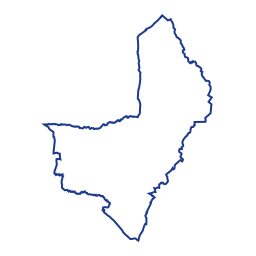 Granada, Meta, Colombia
{"feature_id": "7082276B97448753570939", "entity_name": "Granada", "entity_type": "district", "adm_level": 2, "iso_a3": "COL", "parent_name": "Colombia", "parent_adm1": "Meta", "projection": "robinson", "projection_center": [-73.741, 3.504], "detail": "fine", "context": "isolated", "style": "outline", "palette": "blue", "viewbox_px": 256, "rotation_deg": 0, "n_neighbors": 0, "source": "geoboundaries", "source_scale": "gbopen_adm2", "svg_char_len": 5809}
<svg xmlns="http://www.w3.org/2000/svg" viewBox="0 0 256 256"><path d="M44.2,124.5L45.2,125.2L48.2,126.9L49.5,129.2L53.4,132.0L53.4,136.8L54.2,137.1L54.8,140.7L53.8,150.0L53.6,150.7L53.6,153.5L54.1,153.4L54.6,152.9L55.8,153.1L56.3,152.8L57.0,152.7L58.4,153.5L59.8,153.7L59.9,156.7L60.4,159.4L59.1,159.0L56.6,159.1L56.4,160.3L56.8,164.8L54.6,171.2L54.3,173.1L54.4,173.4L55.1,174.0L55.7,173.9L55.6,174.6L55.9,175.0L56.4,174.6L56.6,174.8L57.1,174.7L57.5,174.4L58.5,174.8L59.2,174.2L59.9,174.7L59.9,175.0L59.6,175.2L59.6,175.4L59.8,175.5L60.7,175.3L60.7,174.8L61.1,174.6L61.8,174.7L62.5,174.4L62.5,174.6L61.9,175.1L61.9,175.5L62.2,175.8L63.1,176.2L62.6,177.0L61.6,181.6L61.7,183.4L62.1,184.6L62.0,187.5L62.3,188.3L63.4,188.8L63.9,189.6L65.0,190.3L65.8,190.0L67.4,189.9L68.0,190.5L68.1,191.1L68.5,191.2L68.7,191.5L69.3,190.8L70.1,190.8L70.6,191.2L70.8,191.9L71.1,192.0L72.2,191.4L72.4,191.4L72.9,192.0L73.6,191.9L73.9,192.1L74.1,191.5L74.7,191.5L74.9,192.3L75.6,192.6L76.0,193.4L76.9,193.9L77.8,193.5L78.4,193.8L80.1,193.9L80.5,193.5L80.5,192.8L81.0,192.4L81.5,192.3L81.8,191.8L82.5,192.0L82.9,192.6L83.3,192.5L83.7,191.9L84.3,192.0L84.8,191.5L85.0,192.2L85.6,192.6L86.0,192.6L86.6,193.2L87.1,193.0L87.6,193.9L88.4,194.4L90.1,194.2L91.1,194.7L92.4,194.6L93.4,195.2L94.4,194.7L95.2,195.2L95.7,195.0L95.8,195.3L96.1,195.1L96.2,195.4L96.5,195.4L96.6,195.7L97.8,195.5L98.8,194.8L99.2,194.8L99.9,195.2L100.3,195.8L101.2,196.2L101.7,195.9L102.8,196.1L102.9,196.9L103.8,197.2L104.4,198.0L104.5,198.9L105.4,199.9L106.7,200.0L106.9,200.4L106.6,200.8L107.3,201.1L107.4,201.5L108.3,201.5L108.9,202.6L109.7,202.8L110.0,203.8L109.2,204.9L108.5,207.0L108.0,207.4L106.9,207.5L105.5,207.1L103.3,207.4L103.3,207.7L103.1,207.7L103.0,208.0L102.6,210.3L102.7,210.6L103.3,210.7L103.5,209.9L104.2,210.0L104.3,210.3L103.9,210.8L104.2,211.4L104.1,212.4L108.5,216.0L109.8,216.7L110.7,217.8L113.8,220.5L122.2,230.3L123.0,232.0L124.9,234.1L129.5,238.2L130.4,239.0L131.6,239.0L134.8,238.3L136.7,239.3L137.2,240.0L138.3,240.6L139.7,235.4L142.8,230.6L143.2,229.0L144.3,225.7L145.2,224.0L146.3,224.2L146.5,218.5L145.5,216.3L145.4,215.5L145.8,215.1L145.8,214.6L146.8,213.2L147.1,212.3L146.6,212.2L151.0,203.2L150.4,202.6L151.5,201.1L152.3,199.3L154.6,197.5L153.4,196.2L152.4,196.2L152.2,195.4L149.2,193.6L150.7,193.3L154.9,191.8L155.5,191.9L154.4,188.2L155.5,188.5L157.8,187.4L159.2,187.9L159.2,184.4L160.2,183.9L160.7,183.0L161.4,183.0L161.9,182.5L162.2,182.5L163.2,182.9L163.4,183.8L163.6,183.9L165.6,184.1L166.3,183.6L167.3,182.3L167.4,181.9L167.9,181.5L167.8,179.9L167.3,178.4L167.3,176.8L166.4,175.3L166.2,174.4L171.1,170.5L172.5,168.2L173.0,169.4L173.4,169.4L174.1,168.9L174.5,168.3L174.7,165.9L175.1,164.7L180.2,160.2L180.4,160.0L182.1,161.4L182.9,160.0L182.9,159.5L182.4,158.7L180.5,157.2L180.6,156.1L181.5,154.4L181.5,153.6L180.9,152.9L179.5,152.2L179.2,151.4L179.1,150.4L179.6,149.1L181.9,149.0L181.5,147.3L182.1,147.0L183.2,146.1L183.0,144.3L182.5,143.8L182.4,142.2L183.4,139.6L185.3,137.1L186.7,136.0L186.6,135.6L187.8,134.6L187.8,134.1L188.4,133.1L189.5,132.8L190.2,132.3L190.6,129.3L191.2,127.4L191.9,126.9L193.1,127.0L193.7,126.3L194.0,125.3L194.7,125.2L194.5,122.0L205.4,121.8L205.7,120.1L205.2,118.0L210.6,113.2L211.4,104.3L208.6,101.8L211.8,97.4L208.2,95.3L210.4,90.4L210.4,89.8L210.7,88.7L210.6,87.0L210.3,86.2L209.5,85.4L209.4,84.5L209.7,82.7L209.2,81.3L207.7,80.8L205.8,80.8L203.2,77.0L202.6,76.7L201.8,74.5L201.7,73.5L202.2,72.6L202.4,72.0L201.1,71.5L200.7,70.9L201.3,70.2L201.3,68.5L200.4,67.6L198.6,66.6L198.4,66.1L197.2,65.9L196.4,65.3L196.2,64.9L196.2,63.3L195.0,61.6L193.1,61.9L192.9,61.3L192.5,61.2L192.2,61.5L192.2,62.3L191.5,62.0L191.0,62.1L190.8,63.2L190.0,63.1L188.3,61.2L188.1,60.2L188.3,59.3L187.9,58.1L187.4,57.5L185.8,57.3L185.0,56.7L184.7,55.4L184.6,53.9L183.3,52.9L182.7,51.9L183.0,50.4L183.2,50.2L184.2,50.0L184.3,49.3L183.8,48.1L182.8,47.0L182.2,44.9L180.8,43.3L180.8,41.1L180.5,40.1L178.1,37.8L176.8,37.3L175.8,34.9L174.7,33.3L174.5,31.3L175.1,29.3L173.4,27.7L173.5,25.8L173.0,23.7L172.3,22.3L171.1,20.5L170.7,19.2L167.9,20.4L162.2,15.4L160.8,16.9L160.9,17.4L159.8,18.2L157.8,20.4L153.9,23.8L153.1,24.9L151.5,26.4L149.6,27.6L145.9,29.3L145.7,29.5L146.1,30.2L142.7,32.6L141.4,33.7L139.8,34.5L137.7,37.0L137.7,38.7L138.0,41.6L138.2,45.7L138.1,49.7L138.0,50.6L137.4,51.7L137.9,52.9L137.6,53.9L138.1,54.5L138.2,55.2L138.6,59.1L139.0,60.1L139.2,61.0L138.6,63.2L139.2,65.9L139.3,68.6L138.6,70.1L140.4,72.6L140.4,73.5L140.1,75.3L140.3,78.7L140.0,82.3L139.0,88.1L138.3,90.3L137.8,98.2L138.0,99.1L138.9,99.9L139.2,100.5L140.3,104.2L139.8,113.3L139.6,114.0L138.4,115.4L137.8,117.1L137.5,117.2L136.4,116.8L135.0,116.7L133.7,116.9L133.2,116.5L132.9,116.7L131.5,116.5L131.2,116.2L130.6,116.1L129.8,116.6L129.2,116.5L128.0,117.8L127.5,117.8L126.8,116.3L126.4,116.1L126.0,116.5L124.6,116.9L123.8,117.4L122.4,119.0L122.0,119.1L121.5,119.7L120.6,119.5L120.3,119.8L120.3,120.8L119.9,121.1L118.8,121.1L118.3,120.3L117.6,120.2L117.0,121.0L116.2,121.4L115.8,122.2L115.2,122.1L113.8,123.0L113.2,122.9L112.5,122.4L111.8,122.7L110.9,122.4L110.4,121.9L110.1,121.9L107.5,123.4L107.3,124.4L106.8,125.0L105.0,125.3L103.9,124.2L103.5,124.2L100.0,128.1L99.3,128.4L98.3,128.4L97.5,128.9L96.0,128.5L95.2,128.9L94.0,129.1L93.3,128.1L92.2,128.2L91.6,128.0L90.2,128.9L89.6,128.5L89.0,127.2L88.4,126.9L87.8,127.0L86.0,127.8L84.8,126.9L84.3,126.9L83.2,128.1L82.7,128.3L81.8,128.3L80.2,127.8L79.7,128.0L79.3,127.7L79.2,127.0L78.3,126.5L77.3,126.7L77.1,126.6L76.1,126.4L75.1,126.9L73.7,126.3L72.4,126.4L71.5,125.7L70.4,125.4L69.6,124.8L68.5,124.7L67.1,125.2L66.3,124.8L64.2,124.4L63.3,124.7L62.6,124.6L61.6,124.1L61.2,124.1L61.0,124.7L60.5,125.0L59.4,124.8L58.5,125.2L57.5,124.6L56.7,124.3L55.8,124.4L55.0,123.9L54.1,123.8L52.9,124.3L51.9,124.0L49.6,124.4L48.8,123.9L47.4,124.4L44.2,124.5Z" fill="none" stroke="#1e3a8a" stroke-width="2"/></svg>